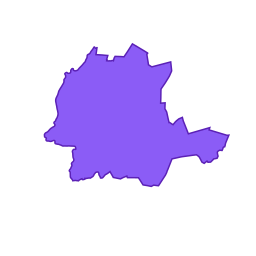 Giulvaz, Timis, Romania (Natural Earth projection), rotated 137°
{"feature_id": "2599482B83282786366708", "entity_name": "Giulvaz", "entity_type": "district", "adm_level": 2, "iso_a3": "ROU", "parent_name": "Romania", "parent_adm1": "Timis", "projection": "natural_earth1", "projection_center": [20.989, 45.536], "detail": "fine", "context": "isolated", "style": "filled", "palette": "violet", "viewbox_px": 256, "rotation_deg": 137, "n_neighbors": 0, "source": "geoboundaries", "source_scale": "gbopen_adm2", "svg_char_len": 5746}
<svg xmlns="http://www.w3.org/2000/svg" viewBox="0 0 256 256"><g transform="rotate(137 128 128)"><path d="M171.9,184.4L172.9,183.9L173.7,183.7L174.2,183.6L174.6,183.4L175.4,183.1L175.9,182.8L176.1,182.7L176.5,182.6L177.8,182.7L178.4,182.5L178.7,182.2L178.9,181.9L179.0,180.8L179.2,180.2L179.4,180.0L179.8,179.8L180.0,179.6L180.4,179.5L180.7,179.5L181.8,179.7L182.2,179.9L183.2,180.1L183.9,180.1L184.5,180.3L185.5,180.3L186.1,180.3L186.9,180.2L189.0,180.0L189.8,180.1L190.5,180.3L191.5,180.6L192.2,180.6L192.8,180.5L193.4,180.3L193.7,180.1L194.2,179.5L194.8,178.7L195.0,178.5L195.0,178.2L195.0,177.9L195.0,177.5L194.8,177.2L194.6,176.7L194.8,176.2L195.1,175.9L195.8,175.5L196.0,175.3L196.2,175.0L196.3,174.8L196.3,174.2L196.1,173.8L195.4,173.0L194.8,172.5L194.5,172.0L194.3,171.6L193.9,171.1L193.4,170.7L192.9,170.4L191.8,170.0L191.4,169.9L191.2,169.8L190.5,169.3L190.4,169.1L190.3,168.8L190.3,168.6L190.4,168.3L190.8,167.7L191.3,167.3L191.6,166.8L191.7,166.7L191.8,166.5L191.8,166.2L191.7,166.0L191.5,165.5L190.4,164.0L190.0,163.6L189.6,162.9L189.4,162.5L188.8,161.3L188.5,160.7L188.4,160.3L188.3,160.0L188.2,159.7L188.0,159.4L187.8,159.1L186.8,158.3L184.8,156.3L183.5,155.3L182.8,154.5L182.5,154.2L180.0,151.7L179.6,151.2L179.3,150.6L179.3,150.4L179.4,150.1L179.5,149.7L179.8,149.2L180.1,148.7L180.4,148.4L180.7,148.1L180.9,148.1L181.0,148.2L181.3,148.5L181.6,148.9L182.0,149.2L182.1,149.3L182.6,149.5L183.1,149.4L184.1,149.2L184.7,148.8L185.2,148.0L185.6,147.2L186.3,146.4L188.0,144.3L188.4,143.6L188.5,143.3L188.8,142.5L189.2,141.8L189.6,141.4L189.9,141.2L190.7,140.9L191.1,140.9L192.2,140.9L192.6,140.9L192.9,140.8L193.5,140.6L193.8,140.4L194.0,140.0L194.0,139.8L194.1,139.6L194.3,139.2L194.5,139.0L194.7,138.8L195.2,138.5L196.3,138.1L197.1,137.7L197.6,137.5L198.4,137.3L199.0,137.3L199.3,137.2L199.6,137.1L199.9,137.0L200.0,136.8L200.2,136.6L200.3,136.4L200.3,135.8L200.3,135.4L200.4,135.2L200.8,134.6L201.1,134.3L202.4,132.8L202.6,132.6L203.2,131.9L203.6,131.4L203.8,130.8L203.9,130.2L203.9,128.9L204.0,128.4L204.0,128.0L204.2,127.2L204.3,127.1L203.5,126.4L202.4,125.7L201.1,124.1L200.9,124.0L200.4,123.2L200.0,123.1L199.4,123.2L198.9,123.1L198.4,123.0L198.2,122.9L196.9,122.6L196.5,122.4L196.3,122.3L196.6,121.8L196.6,121.5L196.4,121.2L196.0,120.8L194.9,120.2L194.4,120.0L194.1,120.1L193.8,120.5L193.7,120.4L193.7,120.2L193.6,119.9L192.8,119.5L192.3,119.2L191.6,118.7L191.3,118.5L190.7,118.1L190.4,117.9L189.9,117.2L189.6,117.0L189.3,116.9L188.8,116.9L187.0,116.5L186.5,116.5L185.5,116.7L185.2,116.8L184.3,117.2L182.1,117.5L181.8,117.5L180.6,116.9L180.0,116.2L179.9,115.8L179.9,115.6L180.2,115.0L180.4,114.5L180.6,114.2L181.1,113.7L181.2,113.3L181.7,111.1L182.1,110.5L182.2,110.2L181.9,109.8L181.2,109.2L180.7,109.0L180.3,108.9L178.4,109.1L176.7,109.3L176.2,109.3L175.8,109.2L175.4,109.0L174.9,108.9L173.2,108.6L172.0,108.5L171.2,108.4L170.9,108.4L171.4,106.3L172.3,102.5L172.5,101.9L168.2,95.9L165.4,95.1L162.0,93.8L161.6,93.6L161.7,93.4L162.1,92.8L162.3,92.1L162.0,91.8L157.2,87.3L155.4,85.6L154.3,84.5L154.7,82.0L155.8,76.1L153.0,72.5L151.6,70.5L150.8,69.4L148.2,68.7L145.8,65.8L145.1,65.0L144.9,65.0L137.3,66.9L132.8,68.0L131.0,68.7L130.2,69.0L128.8,69.8L127.5,70.4L127.4,70.4L120.5,73.7L116.9,75.4L109.4,71.0L108.0,70.1L101.5,65.5L99.2,63.9L98.0,63.0L96.2,61.7L95.8,59.6L95.7,58.0L97.2,52.6L96.4,50.2L92.8,49.9L92.9,48.4L90.8,46.7L87.3,46.8L86.6,47.0L83.5,45.1L81.3,46.0L80.7,47.2L79.6,48.9L79.2,49.3L78.7,49.6L77.5,49.6L76.8,49.4L76.1,49.2L75.1,48.1L74.8,47.7L74.6,47.5L74.5,47.4L73.8,47.7L73.1,48.0L71.5,48.9L71.2,48.9L70.1,48.3L68.7,49.1L68.4,49.4L66.9,50.4L59.1,54.0L60.4,55.0L60.6,55.2L70.0,71.3L67.9,72.5L87.8,82.6L83.4,93.8L82.8,95.4L81.0,98.7L84.6,100.0L87.5,100.2L89.1,100.2L92.8,99.7L93.9,104.0L94.2,104.1L92.5,107.1L88.8,113.3L87.9,116.8L87.8,117.0L83.7,121.1L87.2,123.9L83.5,127.6L78.6,132.7L77.2,134.0L70.0,135.6L64.9,137.0L62.2,137.8L57.3,139.9L56.8,140.4L51.7,147.2L68.2,156.1L68.6,156.3L68.8,156.5L69.0,156.8L69.9,160.3L68.5,162.3L63.9,169.2L62.9,169.1L62.7,169.2L62.6,169.3L62.5,169.5L62.9,170.9L63.4,172.8L65.6,180.4L67.4,186.5L76.3,184.2L82.4,182.8L84.2,184.8L88.6,189.2L90.5,188.6L92.8,187.1L93.1,187.8L93.4,188.0L93.6,188.2L94.6,188.6L94.9,188.9L95.3,189.3L95.5,189.6L96.2,190.0L97.7,191.7L96.8,192.2L97.0,192.6L93.3,194.8L96.4,198.2L96.5,198.4L101.4,203.5L99.1,205.3L95.9,207.9L96.0,208.0L95.5,208.3L96.8,207.7L97.4,208.6L97.4,208.9L97.3,209.4L97.3,209.6L97.3,210.1L97.5,210.3L97.8,210.3L100.0,209.7L102.3,209.3L102.9,209.2L104.8,208.6L105.2,208.6L105.7,208.6L106.4,208.8L106.6,208.9L107.2,209.0L107.8,209.1L108.2,208.9L108.6,208.7L109.0,208.3L109.3,208.0L109.7,207.7L110.1,207.4L110.8,207.1L112.6,206.5L113.0,206.3L113.5,205.9L114.2,205.7L114.8,205.6L115.7,205.6L118.7,205.2L122.9,205.0L123.7,204.9L124.6,204.7L125.1,204.7L125.5,204.7L126.2,204.9L126.5,205.1L127.3,205.5L127.8,206.0L128.2,206.5L128.4,207.1L128.5,207.4L128.2,207.9L127.9,208.2L127.8,208.4L127.7,208.7L127.8,208.9L127.9,209.1L128.0,209.3L128.4,209.5L128.7,209.6L129.7,209.4L130.4,209.3L131.3,208.4L131.5,208.2L131.9,207.9L132.2,207.8L132.6,207.8L133.0,207.8L133.3,207.9L133.6,208.1L134.5,208.8L134.7,209.1L134.8,210.2L134.9,210.4L135.2,210.6L135.4,210.7L136.2,210.9L136.7,210.9L137.2,210.8L137.3,210.7L137.5,210.2L137.8,209.1L137.9,208.8L139.0,207.7L139.4,207.5L141.3,207.2L141.9,207.0L142.5,206.4L142.6,206.1L142.9,205.9L143.5,205.4L144.1,205.0L144.8,204.7L146.2,204.3L147.8,203.8L150.9,203.0L152.1,202.6L153.4,202.2L153.8,202.0L154.5,201.5L155.9,200.7L156.5,200.3L157.0,200.1L160.1,198.9L161.0,198.4L161.8,197.8L162.7,196.8L164.1,194.5L164.6,193.8L164.9,193.2L165.4,192.4L166.7,190.5L167.2,189.6L167.5,189.0L168.2,187.9L169.1,186.5L169.6,186.0L170.2,185.5L170.5,185.2L171.9,184.4Z" fill="#8b5cf6" stroke="#5b21b6" stroke-width="1.5"/></g></svg>